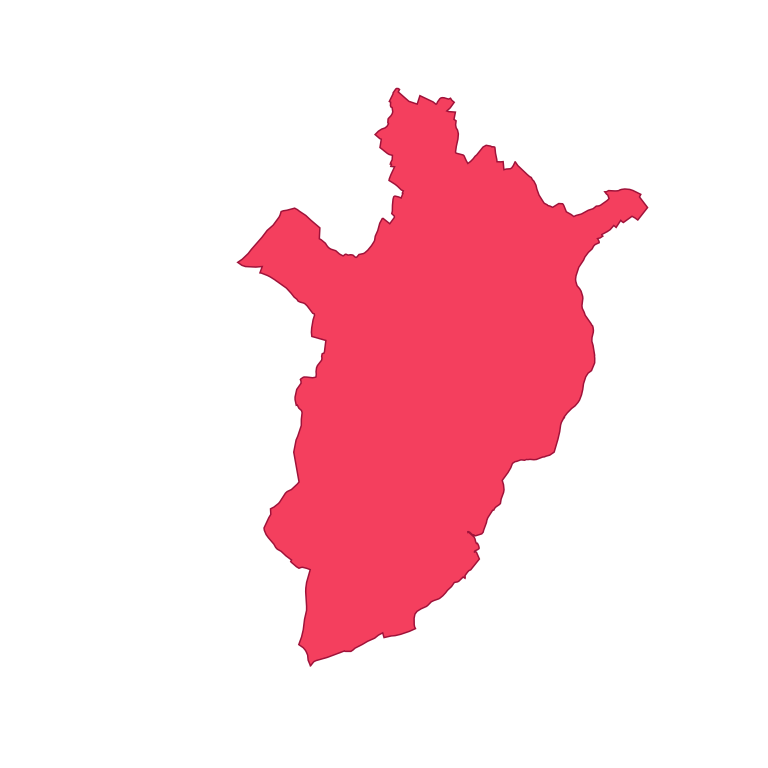 Ceanu Mare, Cluj, Romania (Robinson projection), rotated 115°
{"feature_id": "2599482B18461977466611", "entity_name": "Ceanu Mare", "entity_type": "district", "adm_level": 2, "iso_a3": "ROU", "parent_name": "Romania", "parent_adm1": "Cluj", "projection": "robinson", "projection_center": [23.937, 46.642], "detail": "fine", "context": "isolated", "style": "filled", "palette": "rose", "viewbox_px": 768, "rotation_deg": 115, "n_neighbors": 0, "source": "geoboundaries", "source_scale": "gbopen_adm2", "svg_char_len": 6165}
<svg xmlns="http://www.w3.org/2000/svg" viewBox="0 0 768 768"><g transform="rotate(115 384 384)"><path d="M671.1,331.6L666.2,330.5L665.1,330.1L663.4,328.7L655.5,319.6L642.6,307.0L642.8,306.5L642.5,305.7L640.3,301.0L638.2,299.7L635.6,298.6L629.2,293.6L624.2,290.2L618.2,285.0L613.9,282.9L610.1,280.0L613.8,276.8L609.3,271.0L607.3,267.5L603.8,263.1L597.5,256.5L592.4,252.1L591.1,253.7L589.2,255.0L583.6,257.7L579.5,258.7L576.1,258.0L572.1,255.4L567.6,251.5L566.2,250.8L561.4,249.1L559.2,247.3L555.5,243.5L554.4,242.8L551.1,241.2L547.1,239.9L544.2,239.3L539.0,237.2L534.6,236.5L533.9,236.1L532.4,233.9L531.2,232.9L525.5,230.7L525.8,228.5L525.2,228.6L523.4,229.6L519.2,228.8L517.1,228.1L515.8,226.9L502.3,223.6L497.5,229.0L497.2,230.4L498.6,231.2L496.7,231.0L494.4,229.0L493.0,228.3L491.9,228.8L490.4,230.1L488.9,232.0L489.5,232.7L489.3,233.0L488.1,234.4L486.0,236.0L484.5,237.9L482.7,244.3L482.7,244.8L483.1,245.2L482.4,245.6L482.1,245.1L482.1,243.6L483.2,240.3L483.1,239.6L482.8,239.1L483.0,237.7L482.9,236.9L478.5,232.1L476.4,231.5L474.4,231.9L466.3,232.6L464.0,233.2L461.4,233.4L452.5,232.2L451.9,231.2L450.0,231.2L448.1,230.6L444.5,228.5L443.1,228.0L438.8,229.2L431.7,229.8L429.2,230.5L424.8,233.1L421.4,236.1L411.8,234.2L406.3,233.7L402.2,234.0L401.3,233.8L399.1,232.5L398.0,231.0L395.1,228.1L394.6,227.2L393.7,224.4L392.2,223.0L391.7,221.6L390.6,219.9L389.3,216.2L388.0,214.0L383.2,209.4L382.3,207.9L380.8,206.5L378.4,203.7L373.8,201.0L360.7,203.0L353.0,204.6L346.5,206.6L343.9,207.0L340.1,206.8L338.2,206.3L338.1,206.5L338.6,206.8L337.8,206.8L332.8,205.7L326.9,203.6L323.1,201.6L318.8,200.4L316.0,200.0L310.4,200.4L305.2,201.5L299.4,203.3L292.2,204.2L287.9,203.6L284.2,201.6L275.8,202.0L271.8,203.8L269.6,205.1L269.0,205.2L260.6,210.9L257.4,213.7L254.1,215.1L248.6,216.2L246.8,216.9L244.3,218.5L243.1,219.6L242.9,220.4L241.6,222.2L236.7,230.7L234.4,232.9L231.6,236.3L229.4,237.7L222.3,240.0L220.6,241.0L216.6,244.6L214.9,247.1L213.3,250.6L209.9,253.6L208.0,254.7L204.8,255.7L195.9,256.8L187.3,255.5L184.0,255.6L178.3,254.4L173.7,252.5L170.4,252.3L168.4,251.6L165.0,248.7L164.1,249.2L163.0,250.4L162.0,252.0L160.2,249.8L157.5,248.2L157.3,249.0L156.5,249.8L151.1,245.8L148.6,244.3L143.2,242.7L144.0,239.8L135.6,238.6L136.3,236.7L136.5,235.3L127.2,230.1L127.4,226.9L128.1,223.3L112.7,219.7L106.5,231.5L103.6,231.4L103.4,240.1L103.8,243.5L105.5,248.2L107.3,251.0L108.5,252.3L109.5,253.0L110.4,254.3L111.4,256.2L113.8,262.2L115.7,263.6L116.5,265.1L117.8,262.7L118.2,261.0L120.9,258.4L123.4,259.3L130.6,263.4L131.9,264.7L133.1,266.8L136.8,268.6L140.2,272.3L146.5,276.9L150.2,281.3L152.0,282.7L151.3,286.0L150.9,291.5L146.5,296.2L145.5,297.5L145.2,298.4L146.6,301.9L152.6,305.8L152.6,308.7L153.0,310.9L152.6,311.9L152.5,314.8L152.2,315.7L147.3,323.3L142.8,327.8L139.6,330.3L136.8,333.9L136.1,335.8L134.6,337.8L134.5,339.6L133.6,342.8L129.5,355.0L127.2,358.9L127.3,359.1L131.3,359.1L134.3,359.6L135.6,360.6L137.5,364.0L139.1,365.9L132.1,370.0L133.3,372.0L134.8,375.5L132.8,376.7L127.7,380.5L123.0,383.3L122.5,383.9L123.0,385.7L123.5,386.5L123.3,387.8L124.5,392.3L127.4,394.4L137.2,396.8L139.1,397.7L142.3,398.4L145.7,399.6L148.7,401.2L146.8,403.9L143.4,407.8L143.2,408.3L143.0,409.1L144.3,416.2L143.6,417.2L138.0,418.9L130.8,420.5L125.9,422.3L122.9,424.6L121.3,426.9L118.9,428.6L115.0,429.9L114.6,432.4L107.4,434.2L109.9,440.8L110.0,442.5L105.8,440.7L99.0,439.4L98.2,442.4L96.9,444.5L98.5,445.9L99.2,450.5L99.9,452.3L100.8,453.4L102.0,454.0L105.9,454.7L107.6,454.6L108.5,455.1L107.6,458.7L107.5,473.3L116.3,472.2L117.3,480.9L113.3,494.5L110.5,494.4L110.2,495.8L110.7,497.3L111.6,498.0L116.2,498.8L117.5,498.4L125.7,498.6L125.8,497.1L129.0,495.8L130.0,494.8L130.0,493.5L133.6,491.1L135.4,490.8L137.7,491.0L141.6,492.3L142.4,492.2L145.7,490.9L145.9,490.1L146.5,489.9L149.3,490.2L151.6,491.4L153.9,493.8L157.2,495.9L161.7,497.5L163.4,491.5L163.3,489.9L171.4,487.6L173.6,478.5L173.8,476.4L173.2,473.0L177.3,471.4L180.7,471.5L182.0,471.2L181.6,470.4L181.7,470.1L183.9,469.8L182.7,466.2L191.6,466.2L195.8,465.9L197.4,465.5L198.3,458.4L199.0,455.5L200.8,450.3L200.8,448.1L203.2,448.1L203.3,447.4L208.2,447.1L208.3,449.9L209.0,453.3L209.4,453.9L210.3,454.3L212.7,453.9L218.4,451.9L223.8,449.5L226.3,449.0L227.5,445.6L228.6,445.0L236.3,446.5L234.3,454.8L234.8,455.5L240.1,455.8L247.6,454.5L253.7,454.4L257.8,453.2L259.2,453.2L263.9,453.8L269.7,455.3L273.3,456.9L274.5,457.8L277.2,461.4L280.2,462.2L281.0,462.7L281.2,463.6L280.3,466.7L280.9,468.8L282.4,471.1L282.4,473.1L282.6,473.6L283.1,474.1L285.0,475.0L285.2,475.5L285.0,479.3L283.6,484.0L284.2,488.9L284.1,490.5L283.7,492.2L282.8,494.1L281.2,496.6L279.8,502.0L279.7,504.0L269.6,508.1L266.4,519.7L264.3,526.1L263.2,533.5L262.6,536.1L262.4,539.3L267.6,545.5L269.6,548.5L271.2,550.1L274.6,549.6L277.0,549.6L286.9,551.6L294.2,554.8L302.6,556.6L318.1,561.1L323.1,562.2L330.8,565.2L335.6,568.0L336.5,562.9L336.1,559.2L332.2,549.6L329.0,544.0L335.7,543.4L335.3,541.9L334.9,535.5L335.0,532.4L335.6,527.8L338.3,513.0L341.0,506.5L343.2,502.2L344.0,498.8L345.2,496.8L345.2,494.5L344.6,491.1L344.7,489.5L345.7,486.6L350.0,478.5L349.9,476.8L351.1,476.0L355.8,475.4L363.8,473.2L367.9,471.6L371.4,469.5L369.1,455.1L379.9,451.6L381.5,451.5L382.5,452.7L382.8,452.8L385.5,452.1L386.6,451.2L388.8,450.6L395.3,452.1L397.8,452.0L401.5,450.8L403.8,449.5L406.2,448.7L406.6,448.7L407.2,449.5L408.5,451.3L410.3,456.7L411.4,459.3L412.0,460.0L414.5,461.5L415.3,461.7L416.4,460.5L418.4,459.5L425.8,460.8L433.4,459.1L435.9,457.9L440.4,454.5L439.7,453.7L441.9,450.9L442.9,447.6L444.6,446.1L450.9,444.0L456.6,441.4L467.8,440.1L471.9,440.0L483.9,437.0L508.7,419.6L511.4,420.3L518.8,423.3L522.4,426.3L524.6,427.2L534.9,428.6L536.8,429.1L542.0,431.7L545.1,434.1L550.0,431.5L554.0,431.9L565.2,431.9L567.2,430.6L570.3,427.2L572.2,423.8L575.7,416.1L577.9,413.1L578.8,410.9L579.1,406.6L581.2,400.2L582.6,393.4L584.4,393.5L584.9,392.1L586.6,386.1L586.9,383.2L585.2,381.5L584.5,380.3L583.7,376.0L583.4,372.4L596.5,370.3L602.0,368.6L605.3,367.2L618.2,360.2L621.9,358.5L630.7,356.6L640.9,353.3L648.1,351.8L656.2,351.1L657.1,345.8L658.4,343.0L659.4,341.5L662.0,338.6L666.4,336.0L670.2,331.8L671.1,331.6Z" fill="#f43f5e" stroke="#9f1239" stroke-width="1.5"/></g></svg>